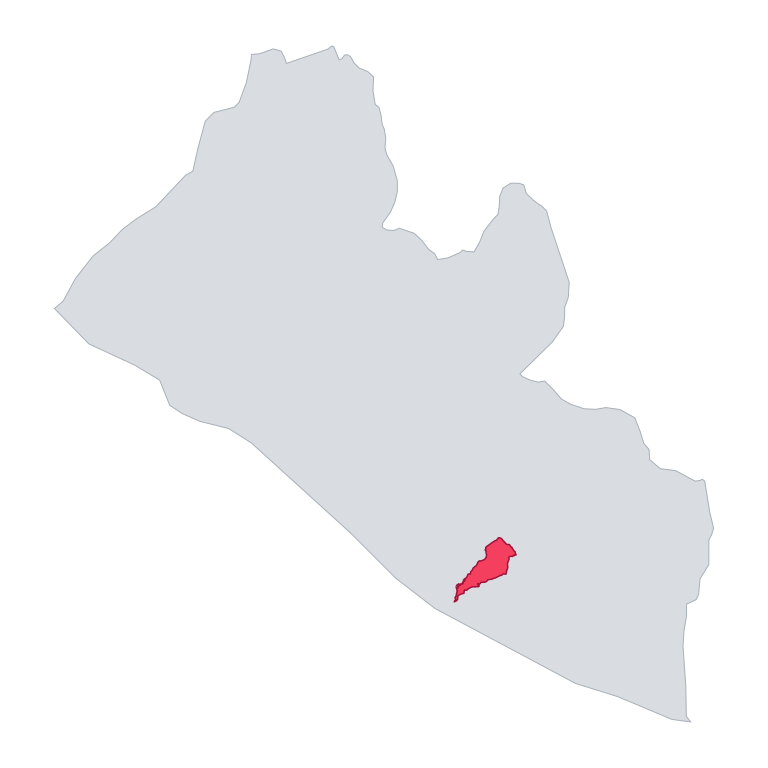 Wedjah, Sinoe, Liberia shown in context
{"feature_id": "62588387B38040387852125", "entity_name": "Wedjah", "entity_type": "district", "adm_level": 2, "iso_a3": "LBR", "parent_name": "Liberia", "parent_adm1": "Sinoe", "projection": "orthographic", "projection_center": [-8.85, 5.295], "detail": "fine", "context": "in_parent", "style": "filled", "palette": "rose", "viewbox_px": 768, "rotation_deg": 0, "n_neighbors": 0, "source": "geoboundaries", "source_scale": "gbopen_adm2", "svg_char_len": 5543}
<svg xmlns="http://www.w3.org/2000/svg" viewBox="0 0 768 768"><path d="M54.4,308.5L63.0,301.3L75.6,278.2L93.1,256.0L109.5,242.9L122.5,229.3L136.1,219.0L155.7,206.9L185.8,175.0L192.8,171.3L197.7,149.2L205.3,121.1L214.0,112.4L234.3,107.2L239.1,102.3L246.4,82.5L251.1,59.4L251.5,54.4L259.5,53.8L273.2,48.9L281.1,51.1L284.6,57.8L286.4,63.4L327.9,49.1L331.6,46.1L333.8,46.6L339.0,59.6L341.9,58.8L344.5,55.1L347.2,54.7L350.5,56.5L353.7,62.5L359.0,67.9L368.0,71.8L373.6,77.0L373.0,90.9L375.2,104.4L379.1,107.6L381.1,115.6L382.2,124.5L384.3,129.1L385.8,138.1L385.0,147.6L386.6,154.4L393.2,166.0L397.3,180.7L397.4,191.1L394.9,202.0L390.5,212.0L382.8,222.9L382.1,227.2L386.7,230.0L393.7,230.5L399.5,228.3L414.2,233.3L421.9,240.5L428.7,249.4L434.8,253.9L437.6,259.5L448.0,257.9L460.2,252.5L462.7,250.0L466.3,251.4L474.1,251.9L479.6,242.2L484.0,231.1L493.4,219.0L498.0,214.3L499.2,206.6L499.7,196.6L503.1,188.0L510.9,183.2L519.3,183.3L523.9,185.0L526.2,193.4L532.9,199.8L538.7,204.2L541.7,206.0L546.6,211.0L551.1,227.8L569.2,282.3L568.3,297.4L564.7,307.2L564.6,316.8L563.4,326.3L552.4,341.9L520.0,373.8L522.5,376.6L530.3,380.2L538.2,382.1L544.7,381.1L552.8,389.1L561.5,399.1L570.8,404.3L584.2,408.8L595.9,409.3L605.8,407.6L619.9,409.5L634.8,417.8L640.2,431.5L643.8,443.4L649.0,449.4L649.7,459.7L660.3,468.7L675.5,470.6L695.1,481.1L700.1,480.5L702.3,479.2L704.7,481.2L709.7,511.9L713.6,528.2L711.6,534.7L708.9,539.9L708.8,564.7L700.0,578.9L698.6,594.5L696.1,599.6L686.6,604.1L686.5,616.1L684.0,630.6L683.0,646.0L685.8,686.2L686.3,716.3L690.6,721.9L672.1,719.5L617.6,696.6L575.6,683.5L435.0,608.5L396.0,578.4L351.1,533.5L251.4,443.0L228.6,428.5L199.9,421.4L182.2,413.6L169.7,405.3L159.7,380.2L134.8,365.2L88.9,343.9L54.4,308.5Z" fill="#d9dde1" stroke="#a8b0b8" stroke-width="1"/><path d="M453.8,601.8L454.5,601.8L455.0,601.5L455.9,601.1L456.2,600.9L456.5,600.6L457.2,600.0L457.5,599.5L457.7,599.0L457.7,597.9L457.7,597.1L457.7,596.5L457.9,596.2L458.3,595.7L458.7,595.3L459.0,595.1L459.7,594.7L460.1,594.5L460.8,594.2L461.8,593.8L462.6,593.7L463.9,593.3L464.0,593.0L464.0,592.7L464.0,592.4L464.1,591.8L464.2,591.3L464.3,590.3L464.6,590.0L465.2,590.2L466.5,590.2L467.2,589.9L467.3,589.8L467.8,589.4L468.1,589.1L469.0,588.3L470.7,587.5L471.8,587.1L472.8,586.8L473.4,586.7L475.1,587.0L475.8,586.7L476.4,586.6L477.4,586.7L478.3,586.7L478.4,586.2L479.1,586.1L479.0,585.5L478.1,584.8L477.7,584.2L477.7,583.8L478.1,583.6L478.7,584.2L479.3,584.3L480.3,583.4L480.8,582.4L481.3,582.3L482.2,582.3L482.5,582.3L484.7,582.2L486.0,581.8L486.7,581.3L487.1,580.6L488.0,579.9L489.2,579.5L490.8,579.3L491.7,579.3L493.0,578.7L493.9,578.2L494.2,578.2L494.7,578.1L495.0,578.1L495.8,577.7L497.1,577.0L497.9,576.7L498.8,576.3L499.1,576.1L499.9,575.5L500.4,575.3L500.5,575.3L500.9,575.5L501.5,575.3L502.3,574.7L502.8,574.2L503.7,573.9L505.3,574.1L505.9,574.1L506.0,573.6L506.4,572.4L506.6,571.3L506.6,570.5L507.2,569.6L507.3,569.1L507.6,568.1L507.8,567.4L507.7,566.6L507.6,565.6L507.5,563.0L507.8,562.5L508.3,561.2L508.7,560.2L509.0,559.6L509.1,558.8L509.0,558.2L508.6,557.9L508.8,557.6L509.0,557.2L509.3,556.8L509.9,556.4L510.4,556.4L511.0,556.4L511.5,556.3L512.4,556.5L512.7,556.2L512.8,556.1L513.1,555.9L513.4,555.8L513.5,555.5L513.6,555.2L513.8,555.2L514.0,555.5L514.3,555.6L514.5,555.3L515.0,555.1L515.4,554.9L515.8,554.9L516.0,554.9L516.1,554.7L516.0,554.4L515.5,553.8L515.2,552.7L515.2,551.9L514.7,551.5L513.7,550.5L513.0,549.4L512.2,547.8L511.6,547.1L511.0,546.9L510.1,545.8L509.7,544.8L509.3,544.6L508.5,544.5L507.4,544.5L506.4,544.2L505.8,543.4L505.3,543.0L504.9,542.2L504.0,541.8L503.9,541.2L503.3,540.8L502.9,540.4L502.4,539.6L501.6,538.7L500.9,538.2L499.3,537.7L499.2,537.7L498.9,537.8L498.3,537.9L498.2,538.4L497.9,538.7L497.4,539.0L497.1,539.4L496.5,540.4L496.1,540.5L495.6,540.5L494.8,540.7L494.1,541.5L493.5,541.7L493.0,542.0L491.3,543.2L490.4,543.8L489.4,544.6L487.8,545.7L486.7,546.4L485.7,547.5L485.7,548.7L485.7,549.6L485.2,549.7L485.2,549.9L485.4,550.4L486.1,551.1L486.0,551.9L486.1,552.8L486.3,553.8L486.5,554.8L486.5,555.9L486.4,556.1L486.3,556.7L486.2,557.3L485.3,558.5L484.5,559.5L483.1,560.1L482.7,560.3L482.1,560.6L481.0,560.9L479.9,560.9L479.5,560.9L479.3,560.9L478.4,561.6L477.6,562.6L477.3,563.8L476.7,564.9L476.0,565.9L474.8,566.7L473.8,567.5L473.1,568.2L473.0,568.4L472.8,568.9L472.6,569.6L472.0,570.4L471.2,571.2L470.7,571.8L470.4,573.9L469.9,573.9L469.5,573.8L468.5,574.1L467.8,574.4L467.6,575.1L467.1,576.6L466.9,576.9L466.8,577.0L466.2,577.7L465.7,578.3L465.1,578.5L464.6,578.8L464.9,579.1L465.1,579.3L465.1,579.8L464.9,580.4L464.6,580.4L464.1,579.9L463.5,580.0L463.5,580.3L463.4,580.6L463.4,581.2L463.9,581.4L463.7,581.7L463.3,581.8L463.1,581.9L462.7,582.2L462.7,582.6L462.3,582.9L462.3,583.3L463.1,583.4L463.0,583.6L462.7,583.9L462.5,584.0L462.1,583.9L461.7,584.0L461.1,584.0L460.4,583.9L459.9,584.1L459.8,584.4L460.2,584.7L460.4,585.0L460.0,585.5L459.6,585.4L459.3,584.9L459.0,584.3L458.6,583.9L458.4,584.0L458.1,584.3L457.5,584.7L456.8,585.1L456.6,585.3L457.1,585.8L457.7,585.9L458.1,586.1L458.4,586.3L458.2,587.0L458.1,587.6L457.9,587.9L457.7,587.7L457.3,587.3L457.1,587.5L456.8,587.6L456.2,587.3L456.2,587.5L456.4,588.2L456.9,588.5L456.9,588.9L456.8,589.6L456.9,590.3L457.1,590.6L457.5,590.8L457.4,591.0L457.1,591.4L456.9,591.8L456.9,592.1L456.7,593.0L456.4,593.6L456.6,594.0L456.5,594.6L456.3,595.3L456.1,595.5L456.2,596.1L455.9,596.3L455.5,596.9L455.2,597.3L455.1,597.5L455.0,597.9L455.2,598.2L455.4,598.5L455.6,598.7L455.6,599.1L455.3,599.8L454.8,600.7L454.2,601.6L453.8,601.8Z" fill="#f43f5e" stroke="#9f1239" stroke-width="1.5"/></svg>